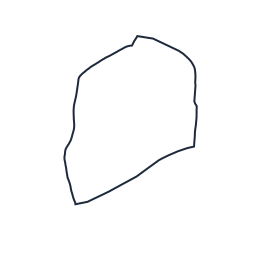 Dhi Na'im, Al Bayda', Yemen, rotated 208°
{"feature_id": "15242507B90989220984962", "entity_name": "Dhi Na'im", "entity_type": "district", "adm_level": 2, "iso_a3": "YEM", "parent_name": "Yemen", "parent_adm1": "Al Bayda'", "projection": "natural_earth1", "projection_center": [45.475, 14.11], "detail": "fine", "context": "isolated", "style": "outline", "palette": "slate", "viewbox_px": 256, "rotation_deg": 208, "n_neighbors": 0, "source": "geoboundaries", "source_scale": "gbopen_adm2", "svg_char_len": 2371}
<svg xmlns="http://www.w3.org/2000/svg" viewBox="0 0 256 256"><g transform="rotate(208 128 128)"><path d="M61.0,142.6L64.4,150.3L65.1,152.0L65.9,153.6L66.8,155.4L67.6,157.3L68.3,159.2L68.8,160.6L68.9,161.0L69.8,163.2L70.7,165.4L71.6,167.5L72.4,169.4L73.3,171.2L73.5,171.5L74.7,173.9L75.9,176.1L76.8,178.1L77.3,179.0L77.6,179.6L80.1,181.0L81.9,182.6L83.8,186.9L88.4,197.3L88.8,197.9L89.9,199.5L90.5,200.7L90.9,201.6L91.0,201.7L92.0,204.0L93.0,205.8L93.7,207.0L93.9,207.4L95.1,209.2L96.4,211.1L97.9,212.7L99.5,213.9L101.4,215.1L103.3,216.2L103.5,216.3L105.2,217.0L107.0,217.6L110.2,218.5L114.2,219.5L119.5,220.0L147.9,218.7L162.9,213.5L162.9,212.1L163.0,211.3L163.1,209.8L163.3,207.8L163.3,205.9L163.2,204.0L163.2,202.7L163.8,202.3L165.5,201.1L166.9,199.8L168.2,198.3L169.5,196.4L170.5,194.8L171.6,193.2L171.8,192.9L172.3,192.1L172.6,191.7L173.6,190.0L174.2,189.1L174.8,188.2L176.0,186.4L177.0,184.8L178.2,183.0L179.3,181.5L180.8,179.5L181.7,177.8L182.8,176.2L183.0,175.8L184.0,174.1L184.9,172.3L185.8,170.8L187.0,168.7L188.0,167.1L188.3,166.6L189.0,165.4L189.1,165.2L189.3,164.9L189.9,163.7L190.6,161.9L191.5,160.3L192.2,158.5L193.1,156.3L194.1,153.8L194.1,153.7L194.7,151.6L195.0,149.7L194.6,147.8L193.9,146.0L193.1,144.0L192.4,142.1L191.7,140.0L191.0,138.1L190.8,137.6L190.7,137.2L190.3,136.2L189.7,134.4L189.0,132.3L188.3,130.0L187.8,127.9L187.2,125.8L186.6,123.7L186.0,121.8L185.1,119.8L184.1,117.6L183.1,115.8L182.2,114.2L181.1,112.3L180.0,110.4L178.6,108.2L177.4,106.3L176.4,104.5L175.5,102.3L174.9,100.5L174.8,99.9L174.5,98.6L174.0,96.2L173.5,94.1L173.1,92.3L172.8,90.3L172.8,88.2L172.8,87.5L172.8,85.9L173.0,84.1L173.0,83.9L173.1,82.1L173.1,81.9L173.1,80.7L173.1,80.3L173.1,79.9L172.7,78.5L172.6,78.1L172.0,76.7L171.2,74.7L170.6,72.7L169.6,70.9L168.5,69.4L167.3,68.1L166.9,67.5L166.1,66.4L164.8,64.8L164.4,64.3L163.6,63.3L162.6,61.8L161.8,60.8L161.3,60.0L160.1,58.6L159.2,57.3L159.1,57.1L157.7,55.5L156.1,54.2L154.6,52.8L153.3,51.6L152.3,50.5L152.1,50.3L150.9,48.9L149.8,47.3L149.2,46.7L148.2,45.5L146.9,44.3L145.6,42.9L144.2,41.4L142.7,39.9L141.3,38.7L139.9,37.7L138.8,36.3L138.6,36.0L129.6,43.4L129.0,43.9L127.5,46.0L116.4,61.0L114.7,63.4L114.5,63.6L114.2,64.1L113.4,65.4L108.3,73.1L106.9,75.3L104.0,79.6L97.6,89.3L91.7,101.6L85.7,113.9L84.3,116.1L81.9,119.5L79.1,123.3L72.9,131.0L66.2,138.1L61.0,142.6Z" fill="none" stroke="#1e293b" stroke-width="2"/></g></svg>